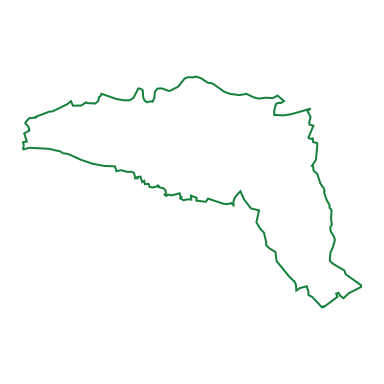 Cork City South West Lea-7, Cork, Ireland
{"feature_id": "5873133B2000011981509", "entity_name": "Cork City South West Lea-7", "entity_type": "district", "adm_level": 2, "iso_a3": "IRL", "parent_name": "Ireland", "parent_adm1": "Cork", "projection": "orthographic", "projection_center": [-8.54, 51.864], "detail": "fine", "context": "isolated", "style": "outline", "palette": "green", "viewbox_px": 384, "rotation_deg": 0, "n_neighbors": 0, "source": "geoboundaries", "source_scale": "gbopen_adm2", "svg_char_len": 2368}
<svg xmlns="http://www.w3.org/2000/svg" viewBox="0 0 384 384"><path d="M360.9,285.1L345.6,274.2L344.4,270.5L333.0,263.8L329.8,260.7L330.5,252.2L332.7,247.8L334.9,240.0L334.0,236.7L330.5,230.9L330.4,226.9L331.9,224.6L331.1,219.7L331.5,209.9L329.5,207.7L329.6,205.3L326.3,199.1L324.0,192.0L324.6,190.8L324.1,188.9L320.3,183.3L317.3,173.9L313.6,170.7L313.1,166.5L311.9,165.9L315.9,159.9L317.3,145.4L317.2,143.1L313.1,142.1L312.7,138.4L310.7,138.9L308.4,137.7L313.4,125.7L309.4,124.5L309.2,123.0L310.5,116.8L307.4,110.9L310.8,108.6L291.3,114.2L283.2,115.4L274.2,114.9L274.3,110.1L276.0,104.1L277.8,103.0L281.2,102.9L284.0,101.1L277.6,95.6L272.8,98.1L265.8,97.7L258.9,98.6L254.1,97.5L246.5,93.9L239.3,95.1L229.7,93.8L224.3,91.8L212.8,83.6L207.3,82.5L201.2,78.3L196.2,76.6L192.7,77.4L187.9,77.2L184.6,78.5L178.3,86.6L170.0,90.8L168.4,90.9L162.1,88.4L157.3,88.6L154.9,91.9L154.2,98.4L152.5,101.8L150.4,101.3L147.0,102.3L144.8,100.9L143.3,97.8L142.7,90.4L140.9,88.9L138.4,88.4L133.5,97.8L129.9,100.2L124.7,100.4L116.5,99.0L101.4,93.8L100.7,95.9L98.9,97.3L98.3,100.9L95.4,103.5L87.1,103.1L86.0,102.3L81.3,105.5L73.0,105.7L70.9,101.2L67.6,104.0L52.8,111.3L49.1,111.7L36.0,116.7L36.0,117.5L29.2,118.2L25.5,122.4L25.4,123.6L28.2,126.4L29.5,130.5L24.2,133.4L26.9,141.5L23.1,142.2L23.8,145.9L23.0,148.8L23.8,149.4L29.2,147.8L48.9,148.8L60.6,151.5L62.8,153.2L67.9,153.9L81.0,159.8L92.4,163.7L103.8,165.9L115.0,166.4L116.3,171.1L121.3,170.2L127.5,171.9L131.8,171.7L134.1,173.1L135.2,178.4L137.6,178.3L137.3,177.1L140.6,176.6L142.1,182.0L144.2,180.8L144.8,184.2L148.5,183.8L149.7,186.9L152.6,187.5L157.2,186.4L157.8,185.4L158.9,186.1L158.9,187.1L163.6,188.4L165.5,190.4L165.9,193.4L164.6,194.8L166.4,196.0L168.0,194.5L171.5,195.4L179.6,193.3L180.5,196.5L181.5,197.1L180.2,198.4L183.6,200.3L187.5,199.3L191.3,199.6L190.9,195.6L196.7,197.9L196.4,200.6L205.9,201.8L208.0,198.6L223.6,203.8L227.6,204.1L231.1,203.1L233.5,205.3L233.5,201.3L235.1,197.2L240.4,191.2L243.9,199.2L250.9,208.4L259.1,210.4L256.4,222.3L260.4,229.0L263.9,232.6L266.2,242.2L266.2,245.4L269.9,248.7L275.4,251.9L276.6,261.1L289.3,276.7L294.5,281.7L295.9,284.6L296.3,290.6L300.1,288.0L306.8,286.3L308.4,291.6L308.5,295.1L312.2,296.9L322.0,307.4L323.5,306.3L324.0,306.9L337.5,296.8L336.2,293.7L338.6,292.8L340.2,295.7L343.5,298.3L348.5,293.4L361.0,287.0L360.9,285.1Z" fill="none" stroke="#15803d" stroke-width="2"/></svg>